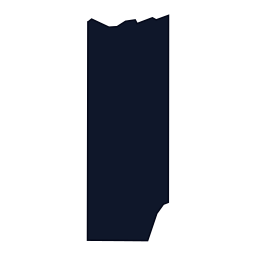 outline of Franklin, Texas, United States of America
{"feature_id": "52423323B17137134235452", "entity_name": "Franklin", "entity_type": "district", "adm_level": 2, "iso_a3": "USA", "parent_name": "United States of America", "parent_adm1": "Texas", "projection": "albers", "projection_center": [-95.207, 33.176], "detail": "fine", "context": "isolated", "style": "filled", "palette": "ink", "viewbox_px": 256, "rotation_deg": 0, "n_neighbors": 0, "source": "geoboundaries", "source_scale": "gbopen_adm2", "svg_char_len": 332}
<svg xmlns="http://www.w3.org/2000/svg" viewBox="0 0 256 256"><path d="M168.5,15.4L156.2,19.9L152.4,17.8L137.1,23.6L135.2,19.9L125.6,21.3L117.1,26.7L108.9,27.2L91.6,19.1L88.8,21.4L87.9,21.8L87.5,240.2L121.9,240.4L147.6,240.6L156.8,213.4L163.4,204.2L168.3,202.3L168.5,15.4Z" fill="#0f172a" stroke="#020617" stroke-width="1.5"/></svg>